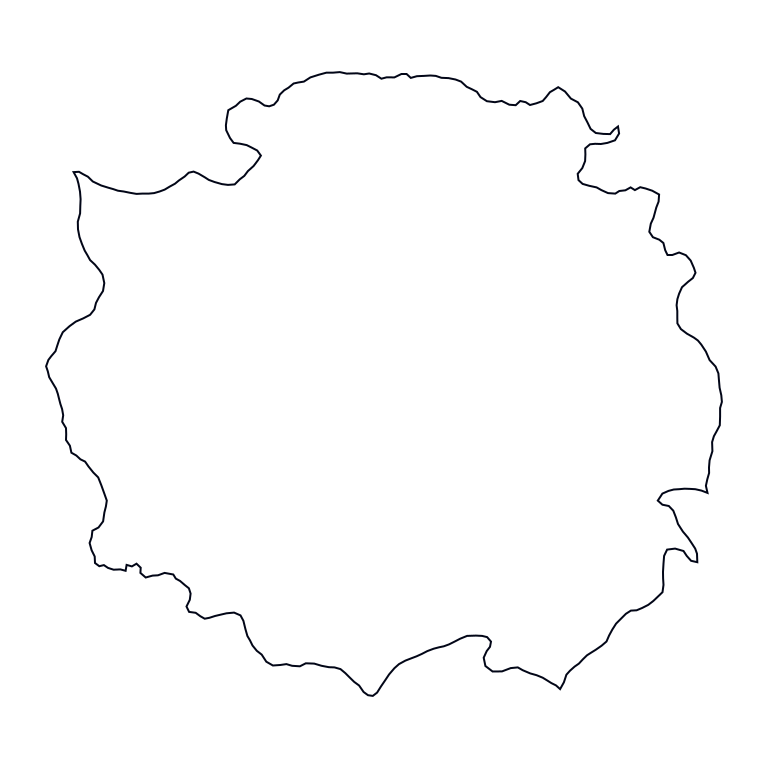 the district of Campo Florido, Minas Gerais, Brazil
{"feature_id": "56859067B92335368120595", "entity_name": "Campo Florido", "entity_type": "district", "adm_level": 2, "iso_a3": "BRA", "parent_name": "Brazil", "parent_adm1": "Minas Gerais", "projection": "orthographic", "projection_center": [-48.647, -19.715], "detail": "fine", "context": "isolated", "style": "outline", "palette": "ink", "viewbox_px": 768, "rotation_deg": 0, "n_neighbors": 0, "source": "geoboundaries", "source_scale": "gbopen_adm2", "svg_char_len": 4941}
<svg xmlns="http://www.w3.org/2000/svg" viewBox="0 0 768 768"><path d="M558.2,87.2L554.0,89.8L549.9,92.2L546.1,97.1L542.7,101.0L536.4,103.3L530.0,105.0L525.7,102.2L520.2,101.0L515.7,105.2L509.3,104.7L501.7,100.9L495.0,102.2L486.9,101.2L480.5,97.1L476.9,91.8L471.8,89.2L466.7,86.8L461.1,81.6L455.5,79.5L448.5,78.1L441.4,77.8L435.8,75.9L430.4,75.5L423.9,75.9L416.9,76.2L410.8,77.9L406.6,74.0L401.4,74.0L394.4,77.4L386.7,77.3L381.4,78.7L376.0,75.2L369.2,73.5L363.9,74.3L357.2,73.3L346.7,73.6L339.8,72.1L332.6,72.7L326.3,72.7L318.9,74.7L310.4,77.4L303.9,81.6L298.2,82.5L293.6,83.5L288.5,87.7L284.2,90.3L279.8,94.6L277.7,100.4L273.9,104.7L269.2,106.3L264.5,105.5L258.9,101.5L251.8,99.0L246.4,98.5L240.2,101.7L235.9,105.8L228.3,110.2L226.8,118.5L225.9,125.3L226.2,130.2L230.0,138.0L233.6,142.9L240.0,143.7L246.7,145.1L251.5,147.5L257.2,150.5L260.9,155.6L257.9,160.3L253.6,166.0L247.9,171.1L244.3,175.9L239.8,179.3L234.7,184.4L228.0,184.9L221.9,184.1L214.5,182.0L208.8,179.9L204.8,177.3L198.5,173.6L193.6,171.6L188.7,172.7L184.7,176.5L179.0,180.4L175.0,183.7L169.7,186.6L164.7,189.6L159.6,191.5L154.1,193.1L148.7,193.6L142.3,193.6L136.5,193.9L130.1,192.8L123.7,191.5L117.9,190.7L113.2,189.1L108.3,187.7L101.2,185.5L92.8,181.5L87.9,176.7L83.1,174.2L79.0,171.8L73.6,172.1L77.0,178.3L78.5,183.8L80.0,191.6L80.6,199.2L80.3,206.1L80.1,213.4L77.8,221.7L78.0,229.3L79.5,237.1L81.9,243.8L84.7,250.6L87.3,255.0L90.1,260.1L95.0,264.7L99.2,269.8L102.5,274.6L104.3,283.1L103.0,291.0L99.0,297.2L96.0,302.9L94.4,309.4L90.1,314.8L83.2,318.4L75.8,321.6L69.5,326.2L62.8,332.2L59.3,339.5L57.3,345.5L55.5,351.2L51.3,356.1L48.4,359.9L46.1,366.3L47.8,371.3L49.2,377.2L52.7,383.1L56.0,388.6L57.8,393.8L59.1,399.0L60.4,404.0L62.1,409.1L63.2,415.3L62.2,421.8L66.0,428.1L66.2,434.3L66.0,440.0L69.9,445.7L71.4,452.7L76.3,455.5L80.4,459.3L85.1,461.6L88.5,466.5L93.3,472.5L98.2,477.4L101.3,485.2L104.5,494.1L106.8,500.6L105.9,506.5L104.4,512.4L103.1,521.4L98.5,527.5L92.4,530.7L91.7,537.0L89.6,543.0L91.6,550.2L94.7,556.5L95.0,563.0L99.3,566.2L103.9,565.1L108.0,567.9L113.6,569.7L120.4,569.4L125.6,570.8L126.6,564.9L131.9,566.4L136.5,563.7L140.7,567.7L140.4,572.9L145.7,577.5L152.6,575.6L158.0,575.3L164.6,572.9L173.3,574.5L175.8,578.6L180.1,581.0L184.5,584.8L188.9,588.3L190.6,593.6L189.8,599.8L186.5,606.5L189.1,611.9L195.7,612.8L200.3,616.2L204.7,618.7L209.4,617.8L215.0,616.0L220.9,614.6L226.5,613.3L234.1,612.6L240.5,615.4L243.4,620.8L245.4,629.0L247.4,636.0L250.0,640.4L252.5,645.5L256.8,650.8L261.7,654.6L266.3,661.7L272.9,665.5L280.2,665.0L286.4,664.1L292.1,665.8L299.9,666.3L305.8,663.3L314.2,663.6L321.6,665.8L329.0,667.2L334.5,667.4L340.5,669.1L345.3,673.1L349.6,677.4L354.2,681.9L359.1,685.5L363.6,692.0L368.0,695.2L372.8,695.9L377.1,692.6L381.0,686.4L385.1,680.4L389.1,674.4L394.4,668.2L399.0,664.1L405.4,660.6L411.6,658.2L416.6,656.3L421.9,653.9L427.3,651.1L433.7,648.7L439.0,647.3L443.8,646.3L449.0,644.4L454.6,641.6L460.2,638.7L467.1,635.9L476.0,635.6L482.1,635.9L487.1,637.1L491.0,641.6L490.0,646.8L486.7,651.1L483.7,657.7L485.4,666.0L492.6,671.5L502.0,671.4L510.7,668.1L517.8,667.4L522.7,670.2L530.2,673.4L536.6,675.2L542.7,677.7L547.1,680.4L551.4,683.1L556.0,685.4L560.1,689.1L563.9,682.3L566.4,674.7L570.0,670.7L574.6,666.6L578.9,663.6L582.9,659.3L587.0,655.3L591.2,652.6L595.7,649.8L601.6,645.7L606.5,641.5L609.1,635.5L612.3,629.6L616.1,623.6L621.2,618.5L625.9,613.8L630.9,610.6L636.6,610.3L642.1,608.0L648.2,604.9L653.4,600.9L657.7,596.8L662.5,592.2L663.5,584.9L663.1,578.4L663.0,571.9L663.5,563.5L664.1,555.9L667.1,549.6L675.1,548.6L683.5,551.0L686.8,556.0L691.1,560.8L697.3,562.2L697.0,553.7L695.2,548.6L691.7,543.2L687.9,537.5L682.9,531.6L678.0,524.0L675.9,517.4L673.3,510.7L668.8,506.0L662.4,504.7L657.8,500.6L662.4,493.6L668.5,490.9L673.8,489.5L679.0,489.2L684.6,488.7L690.1,488.9L695.3,489.2L701.5,490.6L707.5,492.9L705.9,485.8L707.3,479.3L709.1,473.0L709.0,467.4L709.6,460.3L712.4,451.2L712.1,442.1L713.9,436.2L716.5,431.5L719.8,425.3L720.1,416.6L720.1,408.0L721.9,401.9L721.3,395.3L719.6,387.7L718.9,379.6L718.4,373.4L715.6,366.6L709.6,360.1L705.9,351.6L701.3,344.6L697.9,340.5L693.9,337.6L687.0,333.7L680.9,329.1L677.4,323.4L677.3,317.8L677.3,311.0L676.6,305.2L677.4,299.1L679.1,293.7L682.0,287.2L688.2,281.7L692.9,278.0L695.5,272.8L693.9,267.9L690.7,260.6L685.9,255.2L679.1,252.5L672.3,255.0L667.5,255.0L665.2,250.2L663.4,243.0L659.3,239.7L652.9,237.2L649.3,231.8L650.8,223.7L653.5,217.8L655.0,212.3L656.3,207.5L658.6,201.6L659.1,194.5L652.2,190.7L645.6,188.5L640.2,187.2L634.9,190.1L630.6,187.4L625.4,190.3L619.3,191.0L615.3,193.6L608.0,193.1L601.4,190.1L596.6,187.4L589.2,185.8L582.6,183.9L578.5,180.1L577.7,173.8L582.3,168.1L585.1,161.1L585.4,154.3L585.2,148.4L590.0,144.3L595.1,143.8L600.9,144.0L607.4,142.9L615.0,140.3L619.1,133.5L618.0,126.5L613.9,129.7L610.1,134.1L603.3,133.9L595.8,133.0L590.6,128.9L587.4,122.3L584.2,116.2L582.3,108.6L577.9,102.3L570.9,98.6L565.0,91.5L558.2,87.2Z" fill="none" stroke="#020617" stroke-width="2"/></svg>